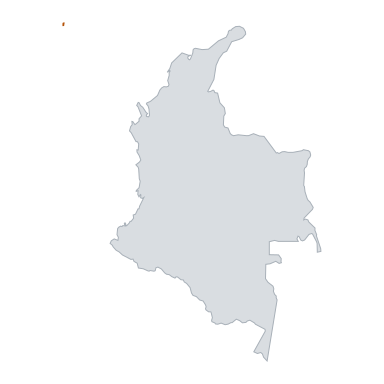 San Andrés, Colombia (highlighted)
{"feature_id": "7082276B48431057450442", "entity_name": "San Andrés", "entity_type": "district", "adm_level": 2, "iso_a3": "COL", "parent_name": "Colombia", "parent_adm1": "", "projection": "natural_earth1", "projection_center": [-81.711, 12.538], "detail": "fine", "context": "in_parent", "style": "filled", "palette": "amber", "viewbox_px": 384, "rotation_deg": 0, "n_neighbors": 0, "source": "geoboundaries", "source_scale": "gbopen_adm2", "svg_char_len": 4088}
<svg xmlns="http://www.w3.org/2000/svg" viewBox="0 0 384 384"><path d="M242.6,37.8L238.9,39.5L231.7,41.7L226.7,51.2L223.3,52.8L219.2,58.4L216.1,65.3L213.9,79.4L207.7,91.4L208.3,91.9L210.7,91.4L213.0,90.1L213.9,90.5L214.8,92.6L217.6,93.1L219.9,102.8L224.3,107.7L224.7,109.6L225.3,113.6L223.8,116.1L223.4,124.9L224.7,127.1L228.0,128.0L230.2,133.5L231.5,134.8L233.5,135.7L238.2,134.8L246.7,135.7L248.7,135.6L253.5,133.7L259.5,136.0L264.0,136.4L276.3,153.0L277.5,152.6L279.0,153.5L282.1,151.8L284.7,151.6L288.2,152.4L292.8,152.4L302.0,150.7L303.4,149.7L308.4,150.7L309.9,151.9L310.7,155.0L310.1,156.9L308.4,158.9L307.4,161.4L307.2,164.4L306.4,166.6L304.7,168.1L304.1,170.2L304.5,173.0L303.7,185.5L304.4,186.5L305.0,191.7L307.1,198.4L308.1,200.3L309.9,201.9L313.2,207.4L312.5,209.3L304.2,217.9L303.7,219.9L305.4,219.1L307.9,219.9L308.8,222.0L315.0,228.0L314.9,230.3L316.7,234.8L316.4,235.8L320.7,248.7L320.9,251.4L317.3,252.2L317.1,243.5L316.6,241.8L312.6,234.1L311.7,233.5L309.0,234.4L304.6,240.0L302.5,240.9L300.8,240.1L299.1,236.7L298.0,236.1L296.9,238.9L298.3,241.4L278.5,241.4L274.6,240.4L269.3,241.7L269.3,254.7L278.6,254.9L281.2,258.6L281.0,261.6L281.4,262.7L279.1,263.4L275.8,261.3L270.0,263.8L265.8,264.3L265.5,278.7L268.0,282.3L273.0,286.2L273.8,288.8L273.4,291.3L274.6,294.4L276.2,296.0L276.2,297.9L277.1,299.9L267.1,361.0L263.6,357.2L262.4,353.9L260.7,352.5L257.4,353.5L253.8,351.8L265.3,331.1L265.0,329.3L255.4,324.2L254.4,322.9L249.9,320.2L247.3,321.0L245.9,322.4L242.4,322.8L239.6,320.6L236.3,319.2L232.2,322.6L231.0,322.6L228.2,324.1L225.1,324.7L221.1,323.1L217.9,324.2L215.6,324.0L214.8,322.9L211.9,321.7L211.6,320.3L212.4,317.7L211.2,312.7L210.8,311.8L208.6,311.8L206.0,309.9L205.5,308.8L206.1,306.8L205.6,305.0L203.1,301.0L199.7,300.0L196.4,296.6L193.0,295.4L191.5,293.0L190.1,287.6L186.6,283.4L184.2,281.9L183.4,280.0L180.9,279.7L177.6,277.0L176.1,276.8L175.0,278.1L171.9,276.7L169.3,274.7L166.5,274.2L164.7,272.9L161.4,269.0L157.9,267.1L155.9,267.8L155.2,270.7L154.0,271.2L150.0,270.5L149.3,271.1L148.2,271.0L143.3,268.8L138.4,268.0L137.2,263.2L134.0,261.4L133.1,259.1L130.9,259.4L122.5,255.0L119.1,251.9L116.1,250.2L113.0,246.7L112.5,245.4L110.1,243.4L111.3,240.8L114.2,238.9L117.9,240.4L118.4,237.4L117.0,234.7L117.6,228.7L118.6,227.3L120.7,226.1L122.0,226.6L122.8,225.6L125.8,226.0L126.8,225.6L129.1,223.2L130.1,221.3L131.1,221.4L133.6,218.2L133.2,215.0L135.5,214.2L138.0,208.9L139.0,208.8L139.6,206.2L143.9,197.4L142.3,198.4L140.6,197.8L140.9,194.9L140.4,194.5L139.0,196.8L137.8,194.5L138.1,190.7L136.2,191.4L136.3,190.5L139.1,187.7L140.2,181.2L139.3,178.9L138.7,169.1L138.2,167.3L135.9,164.8L139.5,162.0L140.8,160.0L139.2,155.6L137.0,152.0L136.9,149.8L138.2,150.0L138.7,144.0L137.5,141.7L136.0,141.6L131.2,132.7L129.5,130.9L130.7,126.6L132.2,124.7L131.9,121.4L132.8,121.6L134.9,124.6L135.7,124.1L139.0,121.3L139.1,118.7L141.6,115.9L138.0,106.8L136.7,105.4L138.2,102.4L139.0,102.6L140.5,105.5L142.8,107.3L146.1,112.4L147.6,113.6L146.5,114.7L146.3,115.9L146.8,116.6L148.7,116.8L149.5,115.3L149.0,109.1L148.1,106.0L146.4,103.9L146.9,102.9L150.4,101.4L157.5,95.5L159.9,90.0L161.7,87.9L163.9,86.6L166.4,86.9L168.4,86.2L169.0,84.5L167.7,80.6L169.2,75.3L169.1,72.7L170.1,71.1L169.8,70.5L167.2,72.3L169.8,68.6L171.7,62.9L182.0,52.9L188.7,55.3L190.9,55.2L188.1,56.4L187.7,57.9L188.7,59.4L189.7,59.8L190.5,58.8L192.8,53.0L193.1,49.8L194.1,48.7L195.5,48.3L202.1,49.6L208.4,49.2L218.5,40.8L226.2,37.2L228.0,33.8L228.5,31.2L229.9,30.2L231.3,30.2L232.2,28.8L235.7,26.6L239.5,26.3L243.5,28.3L245.4,31.7L245.7,34.1L242.6,37.8ZM125.9,224.9L125.5,225.4L124.6,224.6L124.3,223.6L124.8,222.9L125.5,223.1L125.9,224.9Z" fill="#d9dde1" stroke="#a8b0b8" stroke-width="1"/><path d="M63.9,23.3L63.9,23.2L63.7,23.2L63.5,23.3L63.4,23.3L63.3,23.5L63.2,23.7L63.2,23.8L63.2,24.0L63.2,24.3L63.3,24.4L63.2,24.5L63.2,24.4L63.2,24.5L63.3,24.5L63.2,24.5L63.2,24.8L63.2,25.0L63.2,25.3L63.3,25.3L63.3,25.2L63.4,24.9L63.5,24.9L63.5,24.7L63.6,24.4L63.6,24.2L63.7,23.9L63.7,23.7L63.7,23.4L63.8,23.4L64.0,23.3L63.9,23.3L64.0,23.3L63.9,23.3L63.9,23.3Z" fill="#f59e0b" stroke="#b45309" stroke-width="1.5"/></svg>